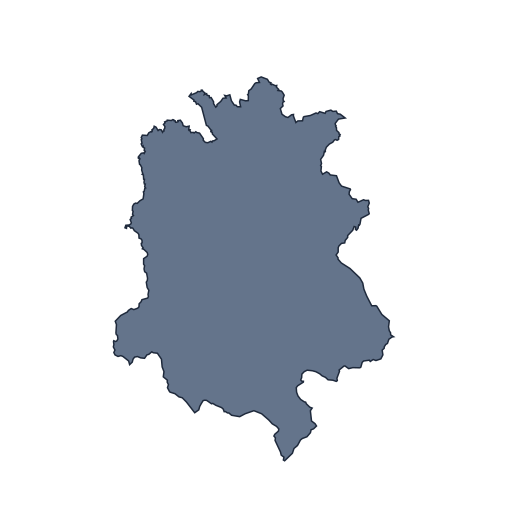 El Tambo, Cauca, Colombia, rotated 212°
{"feature_id": "7082276B344609225912", "entity_name": "El Tambo", "entity_type": "district", "adm_level": 2, "iso_a3": "COL", "parent_name": "Colombia", "parent_adm1": "Cauca", "projection": "orthographic", "projection_center": [-76.91, 2.517], "detail": "fine", "context": "isolated", "style": "filled", "palette": "slate", "viewbox_px": 512, "rotation_deg": 212, "n_neighbors": 0, "source": "geoboundaries", "source_scale": "gbopen_adm2", "svg_char_len": 6142}
<svg xmlns="http://www.w3.org/2000/svg" viewBox="0 0 512 512"><g transform="rotate(212 256 256)"><path d="M385.0,229.1L383.9,228.8L382.8,225.9L381.4,225.4L382.5,222.7L381.6,221.9L382.1,220.3L379.4,218.2L379.1,217.0L379.9,215.2L382.7,213.1L382.1,210.5L380.5,210.8L381.3,212.5L380.9,213.4L379.0,214.0L376.8,213.3L376.3,214.1L375.1,214.3L372.6,213.0L368.3,212.8L366.7,212.1L364.7,209.2L362.7,209.6L361.0,208.9L359.6,206.9L360.0,205.9L358.7,204.3L356.1,203.1L356.2,201.9L354.6,202.2L350.1,201.3L348.6,199.9L348.2,198.1L349.9,194.2L347.0,189.5L345.4,188.8L344.1,185.7L342.1,183.7L339.7,183.5L336.2,179.7L335.2,177.6L335.2,175.7L331.6,171.6L328.7,170.1L327.2,166.2L325.7,164.5L325.6,162.9L329.6,158.5L329.2,156.4L329.8,153.6L328.3,150.9L328.7,149.0L331.2,145.8L334.0,145.3L335.4,142.2L335.4,140.4L339.2,133.9L340.8,126.1L338.0,123.9L334.0,116.5L332.9,115.4L331.4,115.2L329.1,112.4L329.1,110.0L329.9,109.0L331.7,108.8L331.5,107.9L329.6,105.6L328.8,103.3L325.8,101.5L325.4,98.8L323.1,97.4L319.8,97.7L317.8,99.9L315.6,100.3L308.4,99.5L305.6,96.9L304.7,100.4L305.6,103.3L305.4,105.9L303.3,107.9L299.8,108.5L296.3,110.2L296.1,114.4L294.8,115.8L293.6,119.5L291.9,119.5L288.1,121.3L281.5,118.4L276.8,112.2L272.8,109.2L270.6,104.4L265.3,103.7L264.5,102.0L262.1,100.5L261.3,97.4L257.7,95.3L256.8,95.0L251.7,96.3L246.7,95.7L243.4,96.7L237.6,95.3L224.9,90.6L223.0,95.2L224.0,98.5L224.2,101.8L224.2,105.4L223.0,106.6L221.3,107.4L215.4,107.1L214.5,108.1L211.0,108.1L204.9,109.2L202.6,108.8L200.5,107.1L199.4,107.9L197.1,107.8L195.8,108.5L192.3,108.0L184.7,111.1L181.6,116.5L175.8,123.7L167.6,125.2L158.2,123.7L153.3,122.3L148.3,122.4L145.0,121.4L144.2,119.3L145.6,114.8L145.4,112.8L143.2,112.1L142.1,109.7L131.4,102.8L129.1,100.5L125.7,100.2L124.7,97.5L123.2,97.5L120.6,108.0L121.8,112.9L120.4,117.3L120.8,123.6L120.0,125.8L117.0,129.7L116.2,135.0L117.2,137.8L115.6,139.9L114.6,143.9L117.1,145.1L121.5,145.5L127.9,153.6L127.8,156.8L130.3,156.3L134.9,157.3L136.5,158.4L137.5,157.9L142.1,158.0L146.3,159.6L149.4,162.0L152.1,165.7L151.9,168.0L149.0,174.1L149.4,174.9L151.0,174.1L152.4,174.6L152.8,177.0L154.5,180.1L153.8,183.5L152.1,186.3L147.3,188.6L143.9,189.6L139.6,189.9L136.5,189.4L132.8,189.9L129.3,189.2L125.0,191.4L121.5,192.2L121.0,193.4L122.6,195.2L124.1,202.5L125.1,203.3L123.1,209.2L122.3,209.9L117.7,209.6L114.8,212.6L108.7,216.2L108.2,217.3L109.6,222.1L109.1,224.0L104.7,227.7L103.2,227.1L101.8,230.3L98.9,230.9L95.6,234.9L96.0,239.4L99.1,243.0L98.4,245.6L99.1,247.0L99.1,249.7L98.2,251.5L99.2,255.8L97.7,259.4L96.6,260.4L100.1,260.5L101.2,262.2L103.3,263.2L106.1,266.2L108.6,271.7L118.3,273.1L126.9,277.4L128.0,277.4L131.5,275.1L140.9,280.7L147.0,285.1L151.1,289.6L156.3,292.4L169.7,295.2L180.0,295.3L184.8,296.8L185.4,297.9L188.6,299.3L188.4,302.9L190.7,306.6L191.0,308.4L190.2,312.0L187.7,314.1L188.6,316.5L188.1,320.3L189.1,321.9L187.6,329.1L188.4,333.0L186.8,333.4L185.7,331.2L184.4,331.2L184.2,333.7L185.4,336.7L184.7,336.8L184.7,338.1L186.9,343.6L182.5,351.1L182.5,352.0L185.2,354.5L185.7,356.0L187.3,357.0L188.0,360.9L190.1,362.8L192.6,361.1L194.6,360.7L198.0,355.6L201.2,357.2L204.8,355.6L209.8,357.7L211.0,360.2L211.0,362.3L211.7,362.8L220.5,360.6L224.3,362.1L230.3,366.7L236.0,364.1L238.1,364.9L240.7,364.8L242.9,360.6L246.0,362.5L248.0,366.6L249.1,366.9L249.4,369.1L252.4,372.2L252.1,377.2L253.4,380.8L252.7,380.8L252.6,381.5L253.4,382.5L254.0,385.6L253.1,389.8L251.2,393.2L251.0,396.0L250.1,397.0L248.6,397.1L247.7,398.6L249.0,401.1L248.4,402.3L249.1,402.7L249.1,403.6L250.1,403.4L251.1,404.6L254.2,405.2L256.0,407.7L257.0,407.9L257.2,409.0L258.1,409.2L259.1,410.4L258.6,415.8L253.5,420.3L259.7,420.9L262.3,419.9L264.7,421.4L267.5,419.3L269.8,419.4L273.2,415.7L273.0,413.6L278.5,412.1L279.0,409.5L280.9,409.1L284.4,403.9L289.1,399.7L289.4,398.8L288.2,395.3L292.1,392.7L292.9,390.3L298.5,394.6L299.2,395.9L300.7,394.6L302.3,390.4L304.9,389.7L309.1,390.0L313.5,393.9L312.6,397.6L314.1,399.1L314.7,400.7L314.0,401.9L315.4,402.4L316.5,403.9L317.3,407.3L320.6,409.0L322.0,409.3L325.1,408.0L325.0,409.3L328.1,410.0L328.8,411.6L329.8,410.7L333.5,410.2L333.8,409.4L335.0,409.6L335.1,410.8L337.1,410.4L340.0,411.9L346.5,410.6L348.7,407.4L345.0,405.0L347.7,403.0L348.4,401.6L348.6,395.1L349.7,392.4L348.3,389.3L348.6,388.4L347.4,387.9L344.9,383.7L347.0,382.1L352.3,380.5L351.6,378.0L348.1,374.4L350.9,372.7L352.9,373.3L354.4,372.5L359.1,374.6L363.6,378.8L365.8,376.2L367.6,375.6L365.1,374.2L367.6,372.3L367.8,368.4L369.3,363.7L368.6,362.6L369.0,360.9L372.7,362.7L373.7,364.3L378.0,366.6L379.3,365.6L380.6,367.1L382.6,366.4L383.9,367.5L385.4,365.5L385.7,367.2L388.4,367.5L389.3,368.2L390.3,367.7L389.9,366.8L390.7,365.6L392.6,364.7L392.9,363.1L396.2,358.4L397.1,359.4L397.4,355.9L391.3,355.4L390.7,354.3L389.0,354.8L386.9,353.2L385.9,354.4L380.9,353.3L367.3,340.5L365.6,340.7L360.6,338.8L359.7,339.3L360.5,338.2L360.2,337.5L358.5,337.6L357.7,336.4L351.1,334.6L352.5,331.7L353.8,330.5L353.7,329.2L355.1,329.3L356.9,326.5L359.2,325.5L362.1,326.2L362.8,327.6L369.0,330.3L371.7,329.3L372.9,329.5L373.7,327.5L374.7,327.6L376.6,326.1L378.0,327.2L379.1,327.0L379.0,328.1L380.1,327.6L381.5,330.7L383.7,328.6L386.8,327.9L388.9,329.8L392.1,331.1L394.0,329.4L393.2,328.7L394.4,327.1L395.1,326.8L396.1,327.8L397.1,327.3L397.8,327.9L398.8,327.6L399.6,326.0L403.2,324.2L402.9,323.7L404.5,321.3L403.7,320.7L404.2,318.5L401.9,317.6L401.0,315.8L401.2,314.6L400.3,313.3L400.9,312.8L400.8,311.4L403.4,312.8L405.0,312.0L405.5,310.5L409.1,312.3L411.1,312.1L410.4,310.1L411.1,307.8L410.2,307.2L410.2,306.0L410.9,306.0L412.2,303.7L412.1,300.6L416.4,298.3L416.1,295.6L414.8,294.9L415.0,293.9L412.5,291.3L412.8,290.2L410.2,288.5L409.6,288.5L409.7,289.1L408.9,288.4L407.7,288.5L406.7,286.2L405.4,286.1L405.2,283.6L406.1,283.8L407.7,282.3L408.3,277.8L407.8,276.7L407.0,276.6L406.8,277.3L405.9,276.9L405.7,274.8L403.3,272.0L402.5,272.1L399.6,270.4L398.6,268.4L395.5,265.7L395.8,265.0L394.4,265.0L392.0,261.6L391.2,261.9L390.0,259.1L388.8,257.9L388.0,258.3L387.2,255.9L385.7,255.2L386.2,254.6L385.1,251.5L385.5,250.7L384.1,249.4L382.0,244.6L383.7,241.4L384.6,237.7L386.2,237.0L387.1,235.4L387.0,232.7L385.0,229.1Z" fill="#64748b" stroke="#1e293b" stroke-width="1.5"/></g></svg>